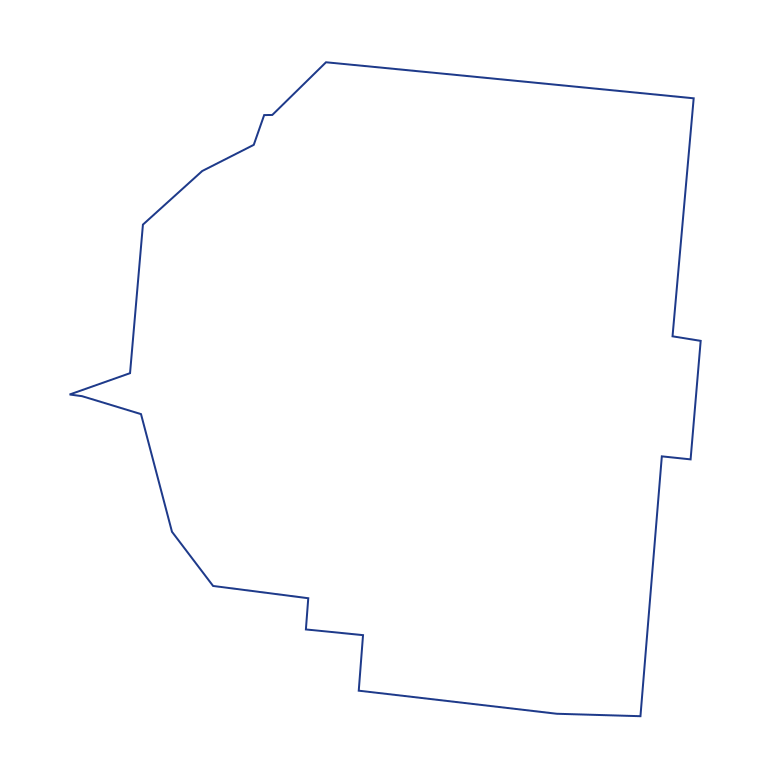 Tift, Georgia, United States of America (Natural Earth projection), rotated 184°
{"feature_id": "52423323B78995174680355", "entity_name": "Tift", "entity_type": "district", "adm_level": 2, "iso_a3": "USA", "parent_name": "United States of America", "parent_adm1": "Georgia", "projection": "natural_earth1", "projection_center": [-83.491, 31.462], "detail": "fine", "context": "isolated", "style": "outline", "palette": "blue", "viewbox_px": 768, "rotation_deg": 184, "n_neighbors": 0, "source": "geoboundaries", "source_scale": "gbopen_adm2", "svg_char_len": 471}
<svg xmlns="http://www.w3.org/2000/svg" viewBox="0 0 768 768"><g transform="rotate(184 384 384)"><path d="M696.9,351.6L684.4,350.8L624.3,337.0L585.2,221.8L540.4,170.6L444.6,165.0L444.8,133.7L387.4,132.0L387.8,76.3L188.6,67.1L105.0,70.5L104.2,137.0L101.8,331.2L72.9,330.2L71.1,449.1L99.5,451.7L95.0,690.6L365.1,698.2L464.3,700.9L514.2,644.6L522.3,643.9L530.6,613.5L580.2,583.8L635.6,526.2L638.1,377.1L696.9,351.6Z" fill="none" stroke="#1e3a8a" stroke-width="2"/></g></svg>